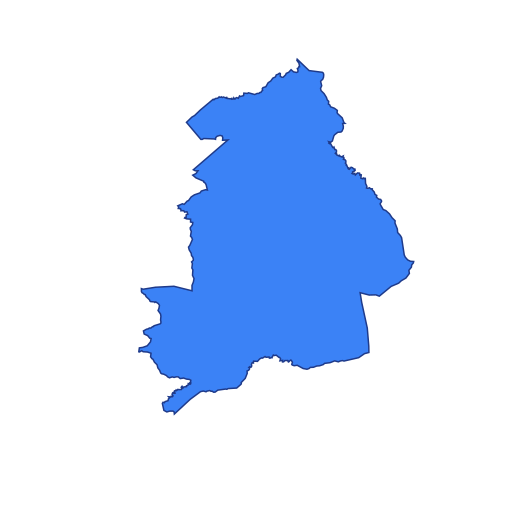 outline of Mpohor, Western, Ghana, rotated 139°
{"feature_id": "2480657B89256099008264", "entity_name": "Mpohor", "entity_type": "district", "adm_level": 2, "iso_a3": "GHA", "parent_name": "Ghana", "parent_adm1": "Western", "projection": "orthographic", "projection_center": [-1.858, 5.058], "detail": "fine", "context": "isolated", "style": "filled", "palette": "blue", "viewbox_px": 512, "rotation_deg": 139, "n_neighbors": 0, "source": "geoboundaries", "source_scale": "gbopen_adm2", "svg_char_len": 6125}
<svg xmlns="http://www.w3.org/2000/svg" viewBox="0 0 512 512"><g transform="rotate(139 256 256)"><path d="M422.1,206.6L423.4,206.2L426.8,199.9L425.6,196.8L422.8,195.5L420.4,193.4L420.1,192.0L421.3,190.3L399.6,191.0L386.8,190.0L384.3,188.6L382.8,186.3L381.7,186.2L379.2,184.8L378.7,183.4L377.8,182.7L377.4,181.1L376.2,180.1L372.8,179.8L366.2,175.5L365.4,174.5L364.1,174.3L357.2,169.0L351.7,169.0L350.9,169.2L350.2,170.2L344.4,170.7L339.6,173.2L338.2,175.1L336.6,174.6L335.2,174.9L334.2,175.8L334.5,176.6L333.3,176.6L333.1,175.7L332.3,175.3L331.3,175.9L330.7,177.1L329.0,177.9L328.3,177.1L328.1,177.7L327.5,177.5L326.8,178.2L324.0,175.5L320.8,175.9L318.6,175.4L318.0,174.6L315.1,174.2L314.9,173.0L312.4,171.2L312.9,170.3L312.5,169.7L310.6,169.2L310.6,168.8L307.9,169.9L307.5,168.9L305.8,167.9L305.2,164.4L304.7,164.0L304.9,162.3L306.7,161.2L304.4,159.8L305.5,158.8L305.3,158.4L304.4,158.0L302.9,158.2L300.6,156.3L300.5,155.8L301.1,155.2L300.9,154.6L298.3,154.8L297.8,154.2L298.2,151.9L300.1,150.8L300.2,150.0L299.2,148.2L296.6,146.5L294.2,140.1L291.8,137.1L289.9,136.3L288.1,136.3L285.6,134.3L282.5,133.2L280.0,131.4L276.4,129.9L274.7,130.0L270.1,126.9L265.4,125.2L263.3,122.1L261.1,121.4L259.3,120.3L258.5,119.0L245.2,111.9L238.1,111.1L234.1,109.1L230.0,114.0L219.3,128.6L206.7,151.6L201.5,160.0L196.2,152.3L191.0,148.0L189.3,144.8L173.9,144.4L166.1,141.9L162.5,142.0L157.3,141.0L151.7,142.2L150.0,144.9L146.1,145.6L144.2,147.2L141.9,147.5L140.6,148.4L142.9,150.7L144.1,153.6L144.1,157.3L143.4,159.6L134.1,174.3L133.6,176.8L133.7,180.8L131.6,183.7L129.5,189.7L127.9,191.3L128.2,195.7L127.6,200.2L128.2,205.1L129.5,207.6L128.4,213.3L127.9,214.1L125.6,214.7L125.1,215.2L124.8,216.9L126.1,218.5L126.5,221.4L125.1,222.5L125.8,224.4L124.8,226.7L124.8,229.9L124.2,230.4L125.4,231.6L125.6,233.1L127.1,233.6L128.0,234.8L126.6,235.8L125.7,238.9L122.7,242.7L123.3,243.1L123.0,243.4L123.9,243.9L123.9,244.5L124.8,244.3L125.8,246.0L123.3,248.2L123.5,248.7L124.5,249.0L123.5,250.6L124.9,252.1L127.9,252.0L127.3,253.6L128.8,254.0L129.4,255.3L128.0,255.5L127.8,256.1L125.9,255.5L125.3,256.2L124.9,255.8L124.3,256.7L125.2,257.8L125.2,259.2L126.0,260.6L128.7,260.2L129.1,260.9L128.3,261.7L129.0,261.9L128.0,264.9L128.3,265.2L127.7,265.8L127.6,267.5L126.9,267.6L125.8,268.8L125.6,269.9L126.6,271.6L125.3,272.1L125.1,272.9L125.6,273.1L125.6,273.8L124.7,274.3L126.6,274.8L126.8,275.9L127.3,276.2L127.1,276.9L127.6,277.2L127.3,277.5L128.1,277.8L128.7,279.2L128.1,280.3L128.8,280.8L128.8,281.5L127.1,281.6L126.0,282.9L126.0,284.0L126.7,284.6L125.7,287.1L126.6,287.0L126.9,287.6L125.9,292.4L126.8,292.5L127.0,293.5L126.0,293.9L126.0,294.4L124.8,292.8L122.9,292.7L118.4,295.6L117.1,295.9L113.1,295.7L110.5,293.8L109.1,293.8L106.4,295.1L104.9,296.7L103.7,299.2L101.9,297.8L102.1,299.0L100.3,303.7L101.0,310.0L100.7,311.1L99.1,312.5L99.9,316.1L101.8,319.6L101.2,321.9L101.7,323.1L99.7,325.0L99.8,327.1L98.8,329.5L98.1,333.9L98.4,338.2L97.3,340.2L94.7,341.4L92.8,345.2L91.5,345.7L90.0,345.5L87.8,346.6L86.0,348.3L85.2,349.8L85.4,351.1L94.3,361.1L95.8,377.5L96.8,376.8L97.1,373.3L98.9,370.3L99.6,370.7L100.7,370.1L101.8,370.4L102.5,368.6L103.6,367.5L105.0,367.9L106.9,370.4L107.3,373.6L110.8,373.2L113.4,374.0L114.8,373.3L118.3,373.1L119.2,373.9L119.8,375.6L117.9,377.8L118.4,378.6L120.1,378.7L121.9,379.4L123.8,378.4L126.6,379.2L130.1,378.4L133.2,378.8L137.5,377.3L140.3,378.5L141.6,378.1L142.4,376.6L143.8,376.7L144.9,376.2L146.0,376.9L147.1,376.8L148.6,378.0L151.0,378.7L154.6,384.1L155.9,384.4L158.3,386.9L160.2,385.2L163.1,386.6L163.4,387.6L165.9,386.6L166.6,388.2L168.2,388.6L168.9,388.2L169.4,388.8L169.1,389.9L170.1,389.4L171.4,390.2L170.9,390.9L172.2,391.4L174.3,393.8L174.0,394.9L174.4,395.1L174.8,394.5L176.3,397.4L177.4,397.7L177.8,398.9L178.3,398.8L179.4,399.7L179.4,400.3L181.4,400.2L183.3,401.5L185.3,401.5L185.5,402.4L202.0,402.7L210.2,402.3L213.2,402.9L220.8,402.5L221.1,380.2L220.1,379.3L218.3,378.9L210.7,371.7L210.0,370.6L208.7,371.8L206.8,371.9L204.0,370.6L202.8,368.8L203.5,367.0L205.3,365.3L201.1,362.0L246.7,362.2L245.9,360.1L243.9,358.4L247.2,357.6L250.7,358.5L250.1,354.4L246.4,346.7L246.9,346.1L246.5,344.2L246.9,342.5L249.4,337.7L250.5,339.1L254.6,340.9L256.9,340.4L262.4,342.6L266.2,343.1L270.6,342.1L271.9,342.6L276.3,342.1L277.3,343.7L282.1,345.2L282.1,343.8L283.5,342.9L281.9,341.3L282.4,340.8L282.3,339.7L282.9,339.4L280.8,337.6L281.1,336.0L279.1,334.7L280.0,332.3L281.6,332.9L283.4,331.0L284.3,331.7L285.0,331.5L283.9,329.4L281.2,326.7L283.1,324.6L281.7,322.8L283.4,321.3L287.1,320.5L288.0,319.3L288.7,317.0L292.4,314.0L292.4,312.2L293.1,310.2L299.1,307.4L301.1,307.0L302.4,304.5L303.1,300.6L304.4,298.6L304.5,296.5L305.4,294.7L306.2,293.9L308.5,293.8L308.9,292.1L312.3,289.0L312.7,287.0L316.6,283.1L317.6,279.6L320.4,277.4L323.6,275.8L327.1,271.7L337.8,287.0L352.4,298.4L363.0,305.0L363.9,306.6L365.8,304.3L366.1,303.1L365.5,301.4L365.6,300.3L364.9,299.5L365.6,297.5L365.1,292.9L365.6,291.7L365.5,290.8L362.8,288.0L362.8,287.3L361.8,287.2L361.0,284.3L361.1,282.7L361.3,282.0L363.6,280.2L365.7,279.1L366.1,274.9L367.3,272.9L370.0,270.3L371.0,268.6L372.0,267.7L372.9,267.7L378.8,270.3L379.7,270.0L380.4,270.6L382.6,270.6L383.8,271.7L384.8,271.6L386.7,272.6L390.1,273.3L391.6,270.5L390.0,267.0L390.1,263.6L389.3,262.5L392.0,260.4L397.0,259.6L401.4,261.3L404.3,263.2L407.3,260.6L406.9,260.0L404.4,259.5L404.0,257.8L400.9,254.7L399.0,251.5L401.7,249.1L401.9,246.7L401.5,245.6L402.3,242.5L402.0,238.9L403.5,235.9L403.7,233.1L404.7,230.1L404.4,228.9L403.2,227.4L402.0,224.5L402.0,222.8L401.2,220.8L398.5,219.7L397.5,218.1L395.4,217.1L394.0,215.8L393.6,213.2L390.7,211.4L389.2,208.7L387.3,206.6L386.7,205.0L388.0,203.9L389.2,203.8L388.5,203.0L389.2,202.4L390.1,202.5L390.9,204.1L392.0,203.1L393.6,203.7L394.1,203.0L396.5,204.6L397.7,204.3L397.3,206.2L398.6,206.0L398.9,204.7L399.9,204.2L402.0,205.8L402.4,206.6L404.1,206.5L404.2,207.3L404.8,207.0L406.0,207.7L406.5,207.4L407.1,205.6L408.1,206.2L408.1,207.3L408.7,207.4L410.1,206.7L410.4,204.9L411.3,204.6L412.0,205.8L412.7,205.4L414.3,207.1L414.3,205.7L415.9,205.6L417.3,204.5L420.2,205.8L421.4,205.4L422.1,206.6Z" fill="#3b82f6" stroke="#1e3a8a" stroke-width="1.5"/></g></svg>